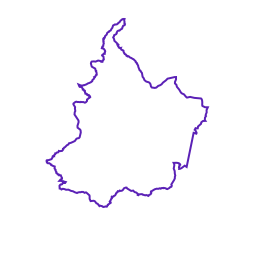 Silvia, Cauca, Colombia, rotated 304°
{"feature_id": "7082276B59383263331081", "entity_name": "Silvia", "entity_type": "district", "adm_level": 2, "iso_a3": "COL", "parent_name": "Colombia", "parent_adm1": "Cauca", "projection": "albers", "projection_center": [-76.334, 2.654], "detail": "fine", "context": "isolated", "style": "outline", "palette": "violet", "viewbox_px": 256, "rotation_deg": 304, "n_neighbors": 0, "source": "geoboundaries", "source_scale": "gbopen_adm2", "svg_char_len": 5702}
<svg xmlns="http://www.w3.org/2000/svg" viewBox="0 0 256 256"><g transform="rotate(304 128 128)"><path d="M49.6,152.7L50.5,153.3L50.7,154.1L51.1,154.5L52.1,154.3L52.8,154.5L53.1,154.2L56.3,155.5L56.6,155.3L56.4,154.5L56.7,154.0L58.7,154.0L59.4,153.7L60.7,154.0L61.4,153.6L61.6,153.0L62.1,153.0L62.2,153.8L63.1,154.3L63.6,154.2L64.3,154.7L65.1,155.0L66.3,154.9L67.0,154.6L67.7,154.9L68.3,154.7L69.1,155.1L69.9,154.9L70.3,155.8L71.5,156.1L71.6,156.9L72.6,158.0L73.7,158.4L75.8,158.4L77.3,159.4L77.8,160.2L77.4,161.0L77.6,165.8L79.0,167.3L78.7,168.6L78.6,169.4L79.1,170.9L78.9,173.2L77.9,173.4L77.9,173.6L78.1,174.2L79.3,174.4L81.0,176.6L81.0,177.7L81.3,178.1L81.4,178.9L82.0,180.2L82.5,180.5L82.9,181.2L83.0,182.8L83.5,183.0L84.2,182.9L85.7,183.8L87.0,183.7L87.3,183.6L87.6,182.8L88.3,182.5L88.8,182.9L92.1,184.4L93.8,185.8L94.4,187.0L95.7,188.0L95.8,188.8L96.2,189.2L96.7,189.2L97.5,190.1L97.9,191.0L98.3,191.1L99.1,193.0L99.0,193.9L99.4,194.8L101.5,195.9L102.5,196.0L103.5,196.8L104.6,196.6L105.4,195.5L110.7,195.3L112.4,195.0L113.8,194.1L115.0,193.8L116.4,192.3L118.5,190.7L119.9,188.6L122.9,187.3L123.8,186.6L124.6,185.3L126.5,188.0L127.2,189.7L127.2,191.0L126.8,191.7L126.2,191.3L125.6,192.0L124.9,191.8L123.5,192.5L123.4,193.2L122.8,193.4L123.2,193.9L124.7,194.8L128.5,196.1L128.5,198.4L160.7,185.1L161.5,187.8L162.1,187.7L162.6,187.3L163.1,186.1L163.8,185.3L163.8,184.3L165.6,184.1L165.7,184.5L166.7,186.0L168.4,185.2L172.3,186.2L173.6,185.6L174.2,185.7L175.8,186.3L177.2,188.2L177.6,187.2L179.7,186.0L181.5,186.0L181.7,185.4L182.9,184.9L184.9,184.5L186.8,183.1L189.8,182.6L188.3,180.3L187.9,177.4L188.5,176.7L191.0,175.1L192.4,173.9L193.1,172.9L193.3,172.0L190.1,166.2L188.5,162.1L186.2,159.9L186.3,158.6L187.2,155.6L186.8,153.3L187.0,152.0L188.5,148.9L189.5,145.5L190.9,143.9L191.2,142.0L192.4,141.2L195.2,140.6L197.1,139.3L196.3,138.2L191.0,133.2L188.7,132.8L185.2,131.6L183.0,131.4L181.4,130.7L179.8,129.5L177.4,128.9L176.2,127.8L174.9,125.1L175.3,123.8L176.9,122.1L177.5,120.6L177.5,119.6L176.7,117.2L176.9,114.9L178.1,113.1L178.6,111.5L181.4,108.8L182.1,106.7L182.5,106.3L182.4,105.3L184.5,102.3L185.5,101.4L186.0,100.1L186.6,99.5L186.4,99.2L186.8,98.6L187.0,97.5L187.5,97.2L188.1,94.1L187.9,93.2L187.9,91.5L187.6,90.6L187.6,89.5L187.8,89.1L187.7,88.0L187.3,87.8L187.4,87.3L187.1,87.2L187.2,86.7L187.0,86.4L187.7,85.2L187.5,84.0L187.9,83.5L187.8,83.1L188.4,82.4L188.7,81.6L189.6,81.0L189.6,80.3L189.2,78.8L189.6,78.3L189.7,77.1L190.3,77.1L189.7,76.4L189.8,75.8L189.6,75.4L190.0,75.1L190.3,74.0L191.5,73.6L191.1,72.5L191.5,72.2L192.0,72.2L192.7,67.9L193.9,66.8L194.9,65.0L196.1,65.1L197.1,64.6L199.2,65.7L200.2,65.7L200.6,65.3L202.3,65.1L203.4,65.6L204.0,66.5L205.6,66.8L206.8,67.5L207.4,67.5L208.3,67.0L208.9,67.1L209.9,66.8L210.5,67.0L211.3,67.7L212.5,67.4L212.9,66.3L213.8,66.0L215.4,64.4L216.4,64.2L216.2,63.7L215.0,62.4L214.4,62.4L213.0,61.8L210.8,61.8L209.9,61.2L209.2,61.3L207.7,60.8L206.7,59.7L206.6,59.3L204.6,58.3L202.3,59.0L200.8,58.9L199.2,59.1L197.5,58.2L196.9,58.4L196.1,57.8L195.1,57.6L193.6,58.1L191.2,57.6L190.1,58.2L189.1,58.2L189.0,57.6L188.1,57.6L187.5,58.0L187.4,58.6L186.5,58.7L185.8,59.3L185.8,59.7L185.0,60.0L184.5,60.7L183.4,60.9L182.2,61.6L181.2,61.2L179.5,61.7L179.6,62.0L180.1,62.1L180.2,62.5L179.9,62.9L180.1,63.6L179.4,65.5L178.9,66.2L178.0,66.3L177.6,66.7L177.3,66.6L176.5,67.2L175.9,66.3L175.5,66.4L174.2,65.8L173.6,66.0L173.5,67.7L172.1,68.9L171.6,69.1L171.5,69.5L170.2,69.6L169.8,69.3L168.6,69.8L167.9,68.7L168.3,68.1L167.2,65.5L164.9,64.0L164.1,62.4L162.8,60.8L161.9,60.7L160.7,61.2L158.7,63.5L158.6,63.8L158.9,67.6L157.6,69.0L157.6,69.6L156.9,69.8L156.7,70.6L154.7,72.3L153.9,71.8L153.2,72.1L152.4,71.9L151.9,72.0L151.4,71.6L151.2,72.1L150.7,71.9L149.7,72.2L147.9,71.7L146.7,72.2L146.2,71.8L145.3,71.7L143.5,70.6L142.7,69.9L140.9,69.1L138.7,67.5L138.5,67.0L137.6,66.6L136.8,64.7L136.4,62.7L135.2,64.5L135.1,65.1L136.0,66.4L135.3,68.5L134.7,68.9L135.0,69.4L134.7,69.7L134.9,70.0L134.5,70.8L134.7,71.3L134.1,71.5L134.0,72.1L133.4,72.5L133.2,73.2L132.7,73.4L133.2,74.7L132.7,74.9L132.6,75.9L132.9,76.3L132.8,77.0L133.4,77.1L133.4,77.4L133.2,78.1L132.8,78.4L132.9,78.9L132.5,79.4L131.3,79.1L130.9,78.7L129.1,78.4L128.7,78.1L127.4,78.9L125.9,78.7L125.0,78.2L124.8,77.9L124.6,76.6L123.5,75.0L123.3,74.3L122.7,74.0L121.6,71.9L121.2,71.5L120.9,70.4L120.1,69.8L117.8,69.1L117.1,69.5L115.7,72.5L114.6,73.0L112.6,74.8L111.3,75.0L109.3,76.1L106.6,82.6L105.9,83.3L104.9,83.9L101.5,84.9L100.1,86.0L99.9,89.3L99.4,90.1L97.8,91.4L93.2,93.1L92.1,92.9L91.3,92.0L90.5,91.4L89.4,91.2L87.9,91.3L86.4,90.6L83.7,88.9L82.3,87.6L81.0,87.8L79.6,87.0L76.9,86.5L76.0,86.0L74.9,86.2L74.4,85.7L73.3,86.3L72.1,86.1L70.5,84.2L70.3,83.5L69.5,83.7L68.6,83.6L68.0,82.8L66.6,82.4L66.3,81.9L65.4,82.3L65.0,82.0L64.1,82.0L63.4,82.5L63.1,81.7L62.6,81.4L61.8,81.9L61.5,81.7L61.1,81.9L59.4,82.0L55.9,79.3L56.2,78.0L56.0,78.4L54.7,79.3L54.6,79.8L54.0,80.1L54.0,81.4L54.8,82.4L54.8,84.0L54.4,84.8L54.7,85.1L54.4,85.5L54.6,86.9L55.1,88.8L53.3,89.8L52.9,91.3L52.2,91.6L51.5,93.2L50.7,93.5L50.7,94.8L50.3,95.4L50.6,95.9L50.3,96.5L50.7,97.0L50.3,97.4L51.2,98.7L50.0,100.5L49.8,101.1L49.0,101.7L47.6,100.9L45.8,100.7L47.1,102.6L47.0,103.1L47.7,104.1L47.8,105.0L48.4,106.6L47.2,106.6L46.0,104.7L44.6,104.8L44.0,104.5L43.6,103.8L42.6,103.5L41.8,103.5L39.6,105.2L40.0,106.0L39.8,107.2L41.2,108.0L41.9,109.8L42.1,111.0L43.6,113.2L44.0,115.9L44.8,117.8L45.0,119.9L45.6,122.1L46.7,122.7L47.7,123.7L48.2,124.6L48.9,125.1L49.9,126.6L50.0,128.3L50.8,128.8L51.2,129.4L50.6,133.7L50.0,134.3L47.8,135.8L46.5,137.9L48.4,140.1L48.6,140.7L48.7,141.7L47.9,143.9L48.2,145.2L47.3,147.9L48.0,148.1L48.2,149.1L48.7,149.9L48.6,150.7L48.7,151.7L49.4,152.2L49.6,152.7Z" fill="none" stroke="#5b21b6" stroke-width="2"/></g></svg>